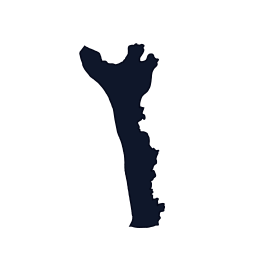 outline of Lvea Aem, Kândal, Cambodia, rotated 41°
{"feature_id": "14789045B58645721856410", "entity_name": "Lvea Aem", "entity_type": "district", "adm_level": 2, "iso_a3": "KHM", "parent_name": "Cambodia", "parent_adm1": "Kândal", "projection": "natural_earth1", "projection_center": [105.137, 11.518], "detail": "fine", "context": "isolated", "style": "filled", "palette": "ink", "viewbox_px": 256, "rotation_deg": 41, "n_neighbors": 0, "source": "geoboundaries", "source_scale": "gbopen_adm2", "svg_char_len": 5850}
<svg xmlns="http://www.w3.org/2000/svg" viewBox="0 0 256 256"><g transform="rotate(41 128 128)"><path d="M193.8,200.6L194.5,199.9L195.8,199.1L197.0,198.6L198.3,197.9L200.1,196.7L201.6,195.5L206.2,191.3L207.4,190.3L208.2,189.4L208.9,188.5L209.8,187.1L210.7,186.0L211.5,184.8L212.1,183.4L212.9,182.5L213.5,182.0L214.2,181.4L214.1,181.0L212.5,179.8L212.0,179.3L211.6,178.5L211.3,177.4L211.3,175.3L211.2,174.8L210.6,174.4L209.8,174.3L209.0,173.9L208.6,173.4L207.5,171.8L207.1,171.0L207.1,170.3L207.5,169.2L208.4,168.2L209.0,167.4L209.1,166.9L208.5,166.3L208.1,165.7L207.7,164.7L207.5,164.2L207.1,163.7L206.9,163.5L206.4,163.4L205.7,163.0L205.2,162.0L204.8,161.7L204.5,161.9L204.1,162.1L203.7,162.5L202.8,163.6L202.3,164.2L202.1,164.6L201.6,165.2L201.4,165.7L201.2,166.4L201.0,167.0L200.7,166.8L200.3,166.3L199.8,165.7L199.3,165.2L198.1,164.1L197.6,163.3L197.6,162.6L197.5,162.2L197.2,161.8L196.7,161.8L196.3,162.0L195.7,162.7L195.6,163.5L195.3,164.1L194.2,164.9L193.9,165.4L193.7,165.8L193.4,165.7L192.4,164.9L192.0,164.5L191.5,164.1L191.1,163.4L190.9,163.1L190.3,162.9L189.2,163.2L188.9,163.2L188.6,162.8L188.5,162.2L188.5,161.7L188.8,160.6L188.8,160.3L188.6,160.0L188.1,160.0L187.6,160.0L187.3,159.9L186.8,158.8L186.4,158.7L186.1,158.9L185.6,159.3L185.1,159.6L184.8,159.6L184.5,159.2L184.1,157.6L183.8,156.9L183.5,156.5L182.3,155.0L181.8,154.5L180.4,153.9L179.8,153.3L179.6,152.8L179.7,152.4L180.3,151.4L180.3,150.9L180.3,150.5L179.9,149.4L179.8,148.8L180.2,147.5L180.2,147.0L180.3,146.6L180.0,146.0L179.6,145.6L179.2,145.3L178.5,144.9L177.8,144.6L176.6,143.9L176.0,143.6L175.4,143.5L175.1,143.6L174.5,144.7L174.0,145.1L173.6,145.1L173.3,144.8L173.1,144.4L173.3,143.7L173.2,143.3L173.1,142.8L172.7,141.7L172.2,140.8L171.8,139.4L171.8,138.8L171.9,138.2L172.0,137.4L172.2,137.0L172.4,136.2L171.9,135.3L171.1,134.4L170.5,133.9L169.5,133.5L169.1,133.1L168.0,130.9L167.7,130.0L167.1,127.8L166.7,127.2L166.2,126.8L165.9,126.4L165.8,126.1L166.0,125.2L165.7,125.1L165.4,125.4L164.7,126.5L163.5,126.9L162.7,126.9L161.8,126.8L161.3,126.7L160.8,126.7L160.4,127.7L159.9,128.1L159.4,128.2L158.8,128.0L158.5,127.9L156.1,127.5L155.4,127.2L154.7,126.9L153.9,126.0L152.7,124.3L151.8,123.3L150.6,122.2L149.9,121.6L148.7,121.1L147.4,120.6L146.5,119.9L145.5,119.8L143.6,120.3L142.3,120.9L141.7,121.5L141.3,121.7L140.3,122.7L139.6,122.8L138.8,122.5L138.4,122.0L137.9,121.6L137.1,121.5L136.6,121.6L136.0,121.5L135.9,120.7L135.8,120.1L135.0,119.6L134.3,119.3L133.2,118.9L132.5,118.6L131.5,117.9L131.3,117.0L131.2,116.6L131.6,115.4L132.0,114.2L132.3,113.3L132.3,112.9L132.0,112.1L132.0,111.2L132.4,110.9L133.0,110.8L134.1,110.8L134.4,110.7L134.5,110.1L134.1,109.3L133.2,108.5L132.2,107.8L131.3,107.7L130.3,108.2L129.5,108.2L129.1,107.9L128.3,107.0L127.6,105.3L127.2,104.0L126.6,102.7L126.0,103.0L126.1,103.5L126.0,104.2L125.7,104.2L125.3,103.8L125.0,103.6L124.5,103.8L123.9,103.9L123.4,104.3L123.3,104.8L122.9,104.7L122.1,103.7L121.5,103.0L121.1,102.7L120.2,101.4L119.0,99.1L118.0,96.7L117.5,94.8L117.6,92.1L118.0,90.2L118.3,87.9L118.1,86.0L117.8,85.1L117.6,83.7L117.2,82.6L116.6,81.3L115.3,79.1L114.5,77.8L113.3,76.1L112.2,74.5L111.1,73.1L110.2,71.7L109.5,70.5L109.0,69.3L108.3,66.5L108.3,65.1L108.5,63.2L108.5,62.1L108.2,61.1L107.6,60.5L106.4,59.7L106.2,58.6L106.3,58.1L106.2,57.3L106.0,56.6L105.7,56.5L105.1,56.7L104.3,57.5L103.5,57.8L102.5,57.9L100.9,57.6L99.8,56.8L98.8,56.4L98.2,56.4L97.5,56.7L96.6,57.5L96.0,58.3L95.8,59.2L95.8,59.6L95.9,60.6L96.6,62.1L97.2,63.7L97.4,64.9L97.1,66.0L96.6,67.0L95.7,68.4L94.8,69.3L94.2,69.7L93.2,70.1L92.1,69.3L90.9,67.9L90.3,66.3L90.2,64.6L90.1,64.1L89.8,61.8L89.3,60.2L88.9,59.3L88.2,58.5L87.6,58.3L86.6,58.3L86.2,58.0L86.3,57.4L86.3,56.5L86.0,55.6L85.7,55.4L85.0,55.5L84.7,55.5L84.3,55.7L83.7,56.0L83.3,56.5L83.2,56.9L82.9,57.5L82.8,57.8L82.9,58.1L82.1,58.3L81.6,58.6L81.3,59.1L80.8,59.4L80.1,59.3L79.6,59.0L79.2,59.1L78.7,59.8L78.6,60.5L78.7,61.2L78.6,61.7L76.8,63.2L76.2,64.0L75.5,65.1L75.3,65.8L75.6,66.8L76.4,67.9L77.6,69.1L78.1,69.7L78.9,70.6L79.0,70.9L79.5,71.4L79.8,71.9L80.1,73.4L80.4,75.1L80.4,75.9L80.6,76.8L80.9,77.2L81.0,77.5L81.0,78.1L80.8,79.3L80.8,80.0L81.1,80.5L81.2,81.1L80.7,81.9L80.0,83.7L79.4,85.4L78.2,87.4L77.5,88.5L76.5,89.0L75.1,89.5L74.1,90.1L72.8,91.3L71.6,92.2L70.5,92.8L69.3,92.6L68.4,92.4L67.8,92.4L67.2,92.6L66.8,92.8L66.3,93.4L65.3,94.2L64.5,95.1L64.0,94.8L63.4,94.2L62.3,93.7L60.5,92.3L59.1,91.6L58.1,91.0L57.3,90.7L55.9,90.8L54.0,91.3L52.5,91.9L51.1,92.2L49.6,92.7L48.4,93.1L47.0,93.7L46.3,93.9L44.7,94.2L43.9,94.5L42.7,94.8L41.8,94.8L42.2,101.0L42.2,101.9L42.6,102.7L42.7,103.0L43.2,103.5L43.6,103.8L44.5,104.4L45.8,105.4L46.9,106.2L48.9,107.4L50.1,108.0L51.4,108.7L52.7,110.0L54.6,110.9L57.0,111.8L59.3,112.3L63.5,113.0L65.0,113.4L65.9,113.5L66.6,113.5L67.1,113.4L68.0,113.4L68.9,113.3L69.7,113.2L70.4,113.1L71.0,113.2L76.0,113.0L77.2,113.2L78.3,113.3L79.6,113.5L81.9,113.8L84.7,114.4L86.9,115.0L89.2,115.8L89.8,115.8L90.7,116.2L91.4,116.4L93.8,117.3L94.3,117.6L95.2,118.2L98.0,119.6L99.8,120.4L102.0,121.8L104.2,122.8L105.5,123.8L107.1,125.1L112.7,129.9L122.8,137.7L125.4,139.2L126.8,139.9L127.8,140.2L128.2,140.4L128.6,140.8L129.3,141.1L130.7,141.8L132.8,143.0L135.1,144.5L136.1,145.3L137.5,146.2L138.3,146.8L139.0,147.4L140.1,148.3L140.9,148.8L141.7,149.5L143.1,150.5L144.5,151.9L145.3,152.6L146.8,154.2L147.8,155.2L148.5,155.9L149.2,156.8L149.8,157.6L150.6,158.4L151.6,159.6L152.2,160.2L153.2,161.1L153.6,161.7L154.4,162.3L155.5,163.1L156.6,164.2L157.6,164.8L159.0,165.9L160.2,166.9L161.6,167.9L162.8,168.8L165.6,171.3L166.7,172.1L168.1,173.5L169.4,174.4L170.5,175.3L171.5,176.2L172.9,177.5L174.7,178.8L176.7,180.6L178.5,182.0L180.2,183.4L182.6,185.4L184.1,186.7L184.9,187.3L185.8,188.2L186.6,188.8L187.1,189.4L188.0,190.2L188.9,190.9L189.6,191.1L190.3,192.0L191.2,193.1L192.0,194.4L192.6,195.8L193.0,197.4L193.6,199.7L193.8,200.6Z" fill="#0f172a" stroke="#020617" stroke-width="1.5"/></g></svg>